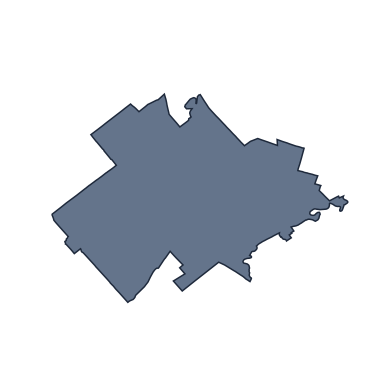 Jebel, Timis, Romania (Natural Earth projection), rotated 155°
{"feature_id": "2599482B60817854126326", "entity_name": "Jebel", "entity_type": "district", "adm_level": 2, "iso_a3": "ROU", "parent_name": "Romania", "parent_adm1": "Timis", "projection": "natural_earth1", "projection_center": [21.231, 45.54], "detail": "fine", "context": "isolated", "style": "filled", "palette": "slate", "viewbox_px": 384, "rotation_deg": 155, "n_neighbors": 0, "source": "geoboundaries", "source_scale": "gbopen_adm2", "svg_char_len": 5985}
<svg xmlns="http://www.w3.org/2000/svg" viewBox="0 0 384 384"><g transform="rotate(155 192 192)"><path d="M328.1,231.0L328.5,230.3L328.7,227.2L328.9,225.7L329.0,225.5L329.1,224.7L328.3,221.6L326.4,215.2L323.0,204.0L323.4,203.9L323.9,203.5L324.3,203.0L324.9,202.7L325.5,202.6L325.9,202.4L326.2,201.6L326.5,201.2L326.9,201.1L328.1,200.9L328.3,200.1L328.2,199.1L328.4,198.7L328.7,198.4L328.1,197.5L326.1,191.2L325.3,188.2L324.7,185.9L317.0,187.7L316.9,187.2L317.3,185.2L317.1,184.0L316.3,183.0L315.2,179.6L313.4,173.8L311.1,166.5L310.8,165.0L309.8,161.9L306.0,149.8L304.6,145.1L304.5,144.0L304.2,143.2L303.8,142.0L303.3,140.7L303.0,139.9L302.9,139.5L302.2,136.5L300.5,131.4L299.3,127.4L296.8,119.1L295.6,119.4L294.7,119.6L293.9,119.6L290.8,119.5L289.3,120.1L288.2,120.7L287.5,121.5L286.7,122.2L282.7,123.6L275.1,126.3L273.1,127.4L270.5,128.7L269.7,129.2L265.7,132.5L261.2,135.8L259.0,137.0L258.1,137.4L256.7,137.8L256.1,137.8L254.6,137.2L246.8,142.0L244.9,143.1L244.2,143.3L236.9,147.5L235.2,142.0L234.2,138.9L231.0,129.7L235.2,128.5L234.8,127.1L233.0,120.8L246.5,119.2L242.7,106.4L227.8,110.0L210.2,114.1L200.4,116.4L197.5,117.1L193.3,112.1L187.2,102.9L186.4,101.8L182.9,96.1L181.6,94.1L180.8,92.5L179.9,90.3L178.7,88.6L177.9,87.2L177.3,86.3L176.2,87.2L174.9,88.3L174.7,88.6L174.6,89.0L174.8,89.1L175.2,89.9L175.3,90.5L175.4,91.2L175.4,91.8L175.3,92.4L174.7,93.4L173.9,94.4L173.9,95.0L173.9,95.6L173.7,96.1L173.4,96.5L173.3,96.8L173.2,97.2L173.2,97.4L172.5,98.2L172.1,98.6L172.0,99.0L171.9,99.2L171.8,99.5L171.8,100.0L171.6,100.5L171.5,101.0L171.5,101.3L171.6,102.0L171.9,102.6L172.2,103.1L172.4,103.5L172.6,103.7L173.1,104.1L173.5,104.4L173.8,104.7L174.4,105.1L175.0,105.6L175.2,105.8L175.3,106.1L175.3,106.7L175.3,107.1L175.1,107.5L174.6,108.0L174.2,108.3L173.7,108.6L173.2,108.7L172.5,108.8L170.6,108.6L169.7,108.4L168.1,107.8L167.7,107.7L166.6,107.5L166.2,107.5L165.8,107.7L165.5,108.0L165.5,108.6L165.5,108.9L165.9,109.4L166.6,110.1L165.7,110.7L165.1,111.3L164.2,111.8L163.8,112.1L163.4,112.4L163.0,112.6L162.4,112.6L161.7,112.3L161.0,112.1L160.3,112.0L159.6,112.1L159.3,112.1L158.0,112.7L157.7,112.8L157.2,113.2L156.8,113.6L156.6,114.0L156.5,114.5L156.4,115.0L156.3,115.5L156.4,115.8L155.1,116.2L153.9,116.6L152.1,116.9L151.6,116.9L149.4,117.2L148.1,117.3L146.8,117.3L143.9,117.5L138.6,117.6L136.7,117.8L131.3,118.0L130.0,118.0L130.8,116.9L131.0,116.0L130.9,115.3L130.8,114.5L130.6,114.0L130.6,113.5L130.3,113.4L130.0,113.5L129.9,113.2L129.9,112.7L129.6,111.7L129.5,111.3L129.2,110.7L128.9,110.5L128.5,110.2L127.9,109.8L127.5,109.5L127.3,109.2L127.0,108.5L126.9,108.1L127.0,107.7L121.4,108.5L122.0,112.0L119.0,112.4L119.2,113.2L116.2,113.6L116.5,115.6L117.0,118.4L116.8,118.4L116.4,118.2L116.2,118.2L115.9,118.2L115.0,118.1L114.0,117.9L113.6,117.7L113.4,117.7L113.2,117.7L112.7,117.5L112.2,117.4L111.0,117.3L109.6,117.2L109.2,117.3L108.5,117.4L107.8,117.5L105.6,117.7L104.9,117.9L103.3,118.1L102.3,118.3L100.7,118.5L100.1,118.2L99.0,118.3L97.6,118.0L96.2,117.1L94.5,115.9L93.4,114.4L92.6,113.4L91.9,113.4L89.7,113.6L88.2,114.5L87.2,115.7L86.3,116.9L85.4,117.5L85.2,117.8L85.0,119.3L85.2,119.8L86.5,120.3L87.3,120.3L88.9,119.9L90.5,119.3L92.1,119.6L93.2,120.3L94.1,121.2L94.3,121.7L94.4,122.3L94.3,122.9L93.8,123.6L93.1,124.3L89.5,125.0L88.1,124.9L87.3,124.5L86.4,123.8L84.9,122.9L83.4,121.9L80.7,120.9L78.0,119.9L77.0,119.7L75.6,119.8L74.3,120.4L73.7,121.1L73.1,121.8L72.7,122.6L72.4,123.3L71.9,123.6L71.5,123.4L70.9,122.9L69.5,121.3L68.4,119.4L67.8,118.6L66.8,117.8L65.9,117.2L64.7,116.8L64.2,116.3L63.9,115.9L63.8,115.5L64.5,114.6L65.6,113.5L66.0,112.6L65.8,112.0L64.9,111.7L63.9,111.8L62.7,112.8L60.4,115.1L59.6,116.1L58.7,115.9L55.9,116.4L55.2,116.8L54.9,117.7L55.5,119.0L56.9,120.6L57.4,121.5L57.6,122.1L57.5,122.9L57.1,123.6L56.4,124.3L61.0,124.4L60.9,126.3L62.9,126.3L71.1,125.9L73.4,132.1L74.2,134.5L75.5,137.9L76.1,139.6L73.5,142.6L72.5,143.4L77.2,147.5L74.4,150.4L71.2,153.5L73.5,155.3L75.5,157.2L76.9,158.3L79.0,160.0L79.3,160.4L79.8,160.7L82.0,162.4L83.2,163.7L84.8,164.9L87.0,166.7L86.1,168.0L82.3,172.1L78.4,176.6L76.9,178.4L71.9,184.3L72.3,184.7L73.6,185.5L74.2,186.2L76.2,188.0L78.4,189.7L80.9,192.1L83.6,194.7L84.9,196.1L88.5,199.4L90.6,201.5L92.1,203.0L92.7,203.6L93.0,202.8L93.4,201.8L93.9,200.5L94.9,198.1L99.1,202.2L101.8,204.9L107.3,210.2L109.8,212.7L117.6,213.2L120.6,212.6L124.9,211.8L125.5,213.6L126.7,216.8L127.0,217.9L127.3,218.8L128.5,222.4L128.9,223.9L129.9,226.6L130.4,228.0L131.8,232.4L132.2,233.4L132.5,234.3L133.0,235.7L133.8,238.4L135.0,241.9L135.9,244.7L136.8,247.4L138.0,250.7L139.9,256.6L140.6,258.9L141.2,261.0L141.4,262.1L141.7,264.5L142.4,269.1L143.2,275.4L143.4,276.8L144.2,276.8L144.8,277.0L146.8,276.1L149.3,272.2L150.2,270.6L150.8,270.4L151.0,270.7L149.4,273.4L149.3,273.8L149.1,274.4L149.3,275.5L149.9,276.2L150.4,276.7L151.7,276.9L153.1,276.9L154.3,276.9L156.6,275.9L157.8,275.3L158.7,274.9L159.7,274.4L160.2,274.2L160.8,273.9L161.1,273.9L162.5,272.4L162.4,271.8L161.8,269.7L156.7,267.5L159.2,266.1L159.6,265.7L160.0,265.4L160.4,264.9L160.8,264.2L161.0,262.8L161.2,261.3L161.1,260.4L161.5,260.3L161.9,260.2L162.1,260.0L162.5,260.0L162.7,259.9L163.1,260.0L164.0,259.8L164.2,259.5L164.8,258.4L167.3,257.8L168.7,257.5L175.5,256.1L176.7,260.7L178.4,266.6L179.4,270.1L179.8,271.6L179.9,272.2L179.3,274.8L179.0,276.4L177.9,281.5L177.2,284.0L176.5,287.1L175.7,292.4L176.6,292.1L183.7,289.9L185.5,290.2L188.7,290.1L193.6,290.0L195.0,290.0L198.2,289.1L206.1,287.2L206.9,289.3L207.6,291.3L208.4,293.2L209.1,294.5L209.6,295.4L209.7,295.6L210.5,297.7L217.7,296.1L221.4,295.2L241.5,290.7L244.7,289.9L251.0,288.5L256.2,287.4L259.4,286.7L259.1,285.5L258.9,284.3L257.4,278.0L257.2,277.7L256.9,276.6L254.8,268.6L254.3,267.9L254.3,266.2L253.8,264.4L252.0,257.3L251.7,255.9L251.0,255.3L249.3,248.2L254.8,246.9L259.2,246.1L259.8,246.0L260.5,245.8L262.0,245.6L267.1,244.4L272.5,243.3L273.4,243.2L282.0,241.4L282.5,241.4L283.1,241.2L289.1,239.8L298.1,237.7L310.8,235.1L316.8,233.6L328.1,231.0Z" fill="#64748b" stroke="#1e293b" stroke-width="1.5"/></g></svg>